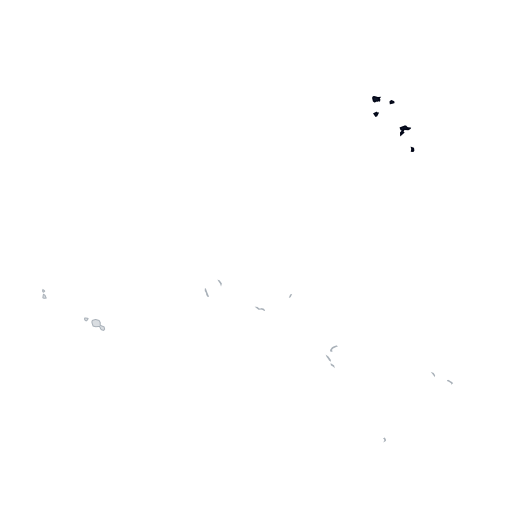 where Marquesas Islands sits in French Polynesia, rotated 6°
{"feature_id": "PYF-4967", "entity_name": "Marquesas Islands", "entity_type": "state/province", "adm_level": 1, "iso_a3": "PYF", "parent_name": "French Polynesia", "parent_adm1": "", "projection": "albers", "projection_center": [-139.551, -9.25], "detail": "coarse", "context": "in_parent", "style": "filled", "palette": "ink", "viewbox_px": 512, "rotation_deg": 6, "n_neighbors": 0, "source": "natural_earth", "source_scale": "10m", "svg_char_len": 3010}
<svg xmlns="http://www.w3.org/2000/svg" viewBox="0 0 512 512"><g transform="rotate(6 256 256)"><path d="M108.3,341.2L112.3,342.4L113.1,344.5L112.3,345.9L110.3,345.6L109.3,344.9L107.8,342.4L104.0,343.1L101.3,342.7L99.8,339.4L99.7,337.9L100.3,337.0L103.1,335.9L106.6,336.5L108.0,338.4L108.3,341.2ZM390.4,111.3L394.6,112.8L395.9,112.6L394.6,114.1L390.4,114.9L389.0,115.6L387.3,115.1L386.4,113.4L390.4,111.3ZM361.0,89.0L358.3,89.7L357.0,89.6L356.0,87.2L356.3,85.8L356.8,85.4L361.5,85.9L361.8,87.0L361.8,88.0L361.0,89.0ZM50.5,320.1L49.4,320.2L48.4,319.8L48.5,316.9L48.8,316.3L50.3,317.2L51.7,319.7L50.5,320.1ZM94.8,337.5L93.9,338.3L92.8,337.8L92.3,337.1L92.0,336.4L92.3,335.5L94.8,335.5L95.6,335.9L94.8,337.5ZM375.5,89.8L373.7,90.1L373.4,88.7L374.0,87.9L374.8,87.6L376.1,88.0L376.9,88.6L376.8,89.1L375.5,89.8ZM361.0,103.7L360.4,104.2L359.2,102.5L359.0,101.8L361.1,100.9L362.2,101.3L361.0,103.7ZM212.6,300.6L212.8,301.1L212.2,301.1L211.1,299.7L210.8,298.4L210.1,297.0L209.2,296.0L209.1,295.1L209.0,293.6L210.1,295.9L211.0,297.7L211.8,299.2L212.6,300.6ZM341.3,342.3L341.4,342.8L340.4,342.8L340.1,342.6L340.1,341.6L340.8,340.4L341.4,339.3L342.6,338.4L344.6,337.4L345.6,337.0L345.9,337.3L345.5,337.4L342.2,339.4L341.1,340.8L340.6,341.8L340.7,342.1L341.3,342.3ZM400.8,134.6L399.8,135.1L399.7,132.1L401.0,132.7L401.6,133.1L401.3,134.0L400.8,134.6ZM340.7,351.6L340.9,352.4L339.9,351.9L338.9,350.5L337.2,348.7L336.8,348.0L338.1,348.7L339.0,349.7L340.7,351.6ZM48.7,314.0L48.2,314.2L47.7,313.7L47.4,312.9L47.6,311.7L48.9,312.4L49.5,313.0L48.7,314.0ZM389.4,118.0L387.3,120.2L387.3,117.9L388.1,117.6L388.8,117.6L389.4,118.0ZM464.6,361.9L464.0,362.5L464.0,361.9L463.2,361.6L462.2,361.0L460.7,360.3L459.9,360.2L459.6,359.8L460.1,359.6L461.0,359.9L462.2,360.6L463.7,361.2L464.6,361.9ZM224.4,287.1L224.2,288.3L223.7,287.1L222.0,285.2L221.3,284.3L222.1,284.5L224.4,287.1ZM344.7,357.0L345.1,358.0L344.4,357.5L342.3,356.5L342.1,355.7L344.7,357.0ZM268.9,308.0L270.4,309.4L268.4,308.5L265.9,308.1L266.9,307.8L268.3,307.9L268.9,308.0ZM265.3,308.5L264.3,308.7L261.6,307.0L262.6,307.0L264.1,308.0L265.3,308.5ZM446.1,356.1L446.1,356.6L443.5,353.9L444.6,354.2L446.1,356.1ZM404.0,426.1L403.2,426.7L403.5,426.0L402.9,424.4L402.3,424.2L402.9,423.7L403.8,424.9L404.0,426.1ZM294.3,293.0L293.8,293.3L294.4,291.1L295.1,290.8L294.3,293.0Z" fill="#d9dde1" stroke="#a8b0b8" stroke-width="1"/><path d="M394.8,113.0L396.3,112.6L394.1,114.3L389.7,114.4L389.4,115.8L387.1,115.1L386.3,113.5L390.7,111.3L391.5,111.4L392.7,112.6L394.8,113.0ZM361.7,86.5L362.6,87.6L362.5,88.6L361.5,88.1L360.9,89.1L359.8,88.9L357.9,90.2L356.7,89.5L355.7,86.5L356.1,85.5L357.0,85.3L360.6,85.9L362.3,85.6L361.7,86.5ZM360.9,100.7L361.6,101.4L362.3,101.3L361.3,103.9L360.5,104.3L358.6,102.1L360.9,100.7ZM399.5,132.1L401.2,132.5L401.7,134.5L401.2,135.4L399.8,135.4L400.0,133.4L399.5,132.1ZM376.7,88.2L376.9,89.0L373.8,90.2L373.4,88.6L374.4,87.5L376.7,88.2ZM388.2,116.8L389.8,117.8L387.4,120.4L387.1,118.3L388.2,116.8Z" fill="#0f172a" stroke="#020617" stroke-width="1.5"/></g></svg>